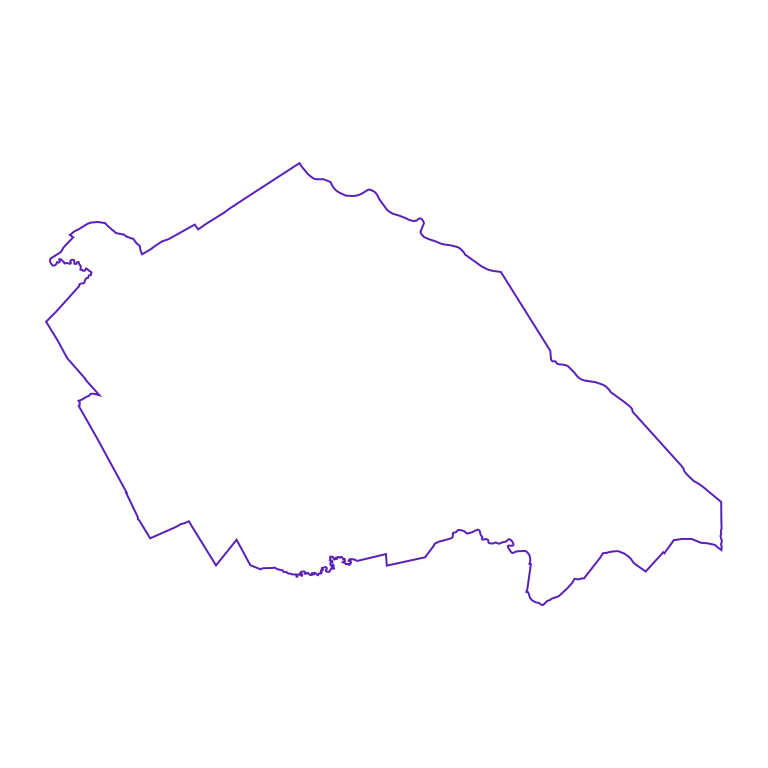 Draganesti, Suceava, Romania
{"feature_id": "2599482B31122548241895", "entity_name": "Draganesti", "entity_type": "district", "adm_level": 2, "iso_a3": "ROU", "parent_name": "Romania", "parent_adm1": "Suceava", "projection": "equal_earth", "projection_center": [26.414, 47.314], "detail": "fine", "context": "isolated", "style": "outline", "palette": "violet", "viewbox_px": 768, "rotation_deg": 0, "n_neighbors": 0, "source": "geoboundaries", "source_scale": "gbopen_adm2", "svg_char_len": 6025}
<svg xmlns="http://www.w3.org/2000/svg" viewBox="0 0 768 768"><path d="M329.7,571.3L331.4,568.3L332.9,568.7L334.0,568.6L334.1,568.3L333.7,567.8L332.8,567.7L332.3,567.3L332.4,566.9L333.7,566.0L333.5,565.3L332.9,564.8L332.5,564.9L332.0,565.7L331.3,565.9L330.6,564.9L330.3,563.8L330.5,562.7L331.0,562.3L332.5,562.5L332.6,562.1L332.4,561.4L331.9,560.9L330.1,560.5L329.8,560.1L330.6,558.6L330.1,557.4L330.2,556.9L331.0,556.6L332.2,556.7L333.0,557.1L333.3,557.5L333.4,558.4L333.8,559.1L334.4,559.5L335.3,559.2L335.1,558.4L335.6,557.9L337.0,558.8L337.2,558.6L337.0,557.7L337.2,557.3L338.1,557.0L339.0,557.2L339.6,557.7L340.2,557.2L341.6,556.9L341.9,557.1L342.2,557.8L343.1,558.4L343.2,559.3L344.4,558.8L344.7,559.0L344.9,559.7L345.0,560.9L342.9,562.2L345.1,563.0L345.7,564.1L348.3,563.9L348.6,564.1L348.7,564.7L349.3,564.9L349.7,564.0L350.7,563.5L351.0,562.8L351.0,562.5L350.4,562.3L350.3,562.0L350.5,561.1L348.7,560.9L349.4,559.5L350.1,559.1L352.5,559.1L353.8,559.6L354.9,559.6L355.4,560.1L357.4,560.9L385.9,554.1L386.8,565.6L425.1,557.3L433.9,545.6L434.4,544.2L434.8,543.7L439.1,541.6L447.1,539.5L450.8,538.4L452.0,537.7L452.6,537.0L452.8,535.8L452.9,533.4L453.2,532.8L455.9,532.2L458.2,530.0L460.8,530.1L464.3,531.2L466.6,533.4L467.2,533.5L471.8,532.4L477.0,529.8L477.8,529.7L479.5,530.4L480.7,535.0L482.3,536.8L482.3,537.3L481.9,538.9L482.2,539.3L483.0,539.7L485.6,539.1L486.4,539.1L487.3,539.5L488.1,540.0L488.4,542.0L489.1,543.1L492.2,543.6L495.4,542.6L496.3,542.7L498.5,543.6L499.2,543.7L502.9,542.2L505.5,541.7L506.6,541.1L508.0,539.6L509.4,539.2L510.2,539.5L511.4,540.5L512.6,542.2L513.5,544.1L513.4,545.0L513.0,545.5L512.4,545.7L508.7,545.6L508.0,545.8L507.8,546.2L508.4,548.2L509.8,549.9L510.7,551.6L511.9,552.8L513.0,553.0L515.8,551.6L518.5,551.2L524.6,551.0L525.9,551.2L527.4,552.4L529.5,555.3L530.0,557.6L530.3,560.6L529.5,564.0L530.9,564.1L527.5,588.0L527.2,589.6L526.3,591.9L527.1,592.2L527.9,592.1L528.4,592.8L530.1,598.1L532.2,600.4L534.2,601.6L536.1,602.4L538.8,602.9L541.5,604.9L543.4,604.8L547.1,601.0L550.1,600.0L550.9,599.1L552.6,598.3L557.6,596.7L559.1,595.9L567.2,588.4L571.6,583.6L572.9,581.9L574.2,579.2L575.0,578.8L578.0,579.4L582.5,578.3L583.9,578.5L600.1,557.8L602.9,553.2L606.9,552.8L608.7,552.2L613.6,551.4L617.5,551.1L618.9,551.4L624.5,553.7L628.5,556.5L630.8,558.8L633.9,563.1L635.2,564.2L645.7,571.5L663.3,552.2L664.4,553.3L673.9,540.1L682.8,538.9L691.7,539.0L701.0,542.8L707.6,543.3L714.9,544.9L717.9,547.6L721.4,550.0L721.7,546.6L721.1,545.1L721.1,544.0L721.9,541.1L720.6,536.5L720.6,535.7L721.1,534.4L720.9,531.7L721.6,527.9L721.4,523.7L721.2,502.0L701.8,485.9L699.5,484.3L693.6,480.9L686.6,474.2L684.2,471.0L683.5,468.7L682.4,466.9L632.5,411.6L632.5,410.6L631.9,408.7L629.8,406.4L624.2,401.9L610.8,392.2L609.3,389.9L606.0,386.6L603.1,384.8L595.1,382.1L584.5,380.5L581.1,379.3L579.0,377.9L576.9,376.0L574.6,372.9L568.3,366.5L566.4,365.4L564.3,364.8L558.4,364.2L556.9,363.5L555.5,361.3L552.5,361.3L551.8,360.8L551.0,359.2L550.3,350.8L500.9,272.0L491.8,270.7L487.2,269.3L481.3,266.2L465.0,254.5L464.0,252.6L461.4,249.7L458.9,247.7L457.0,246.9L449.7,245.1L444.2,244.5L440.4,243.5L435.9,241.5L428.2,238.9L424.0,237.0L421.3,234.1L420.4,232.0L424.0,223.1L423.2,221.2L422.1,219.4L420.7,218.6L419.5,218.4L418.4,219.0L416.6,220.6L413.3,221.1L408.9,219.8L405.9,218.2L399.1,215.6L393.0,213.8L389.1,211.6L386.5,209.2L379.2,199.1L377.7,195.8L375.8,193.0L373.6,191.2L370.9,190.0L369.2,189.6L368.0,189.8L361.4,193.9L357.5,195.4L353.7,196.0L346.3,195.7L345.3,195.4L340.7,193.3L337.2,191.3L334.9,189.3L332.6,186.2L330.4,182.0L323.7,179.3L315.8,179.2L314.1,178.7L311.9,177.4L307.9,174.1L301.6,166.5L299.5,163.1L245.7,198.0L229.2,208.8L223.9,212.8L205.9,224.0L198.2,229.4L194.7,224.6L168.9,239.0L161.8,241.5L152.3,247.9L152.1,248.4L142.1,254.3L140.4,250.0L139.9,246.5L139.3,245.5L136.5,243.2L133.3,238.8L131.3,238.4L126.0,236.3L123.9,234.6L116.5,233.2L115.2,232.5L114.2,231.3L112.1,229.8L107.6,225.8L105.1,223.1L98.0,222.0L95.8,222.1L90.3,222.7L87.0,224.1L78.6,229.3L74.5,231.3L69.9,235.0L73.2,237.3L65.0,245.8L63.2,248.0L62.3,249.8L60.7,252.1L50.4,258.7L50.0,260.1L50.2,261.9L50.9,263.3L52.7,265.6L54.2,265.6L56.2,264.3L57.0,262.2L58.6,262.6L59.5,262.1L59.7,261.7L59.1,259.4L59.4,259.2L60.4,259.1L61.0,259.5L63.8,262.1L64.5,263.3L64.9,263.5L66.4,263.0L67.5,263.1L70.0,263.8L70.6,263.5L70.9,262.9L70.3,261.1L70.5,260.6L71.6,259.9L73.7,259.8L74.4,261.5L74.2,263.3L74.4,263.8L76.1,263.9L77.3,262.2L78.0,262.0L78.7,262.2L79.4,264.5L80.8,266.2L80.5,269.7L82.0,269.8L83.3,270.8L84.1,270.8L84.9,270.5L86.0,268.5L86.5,268.5L88.8,270.5L91.4,272.3L90.9,275.0L89.4,275.3L88.8,275.7L88.0,277.8L86.0,278.5L85.4,279.4L84.3,282.6L83.8,283.2L80.8,283.6L79.7,284.2L79.2,284.7L79.2,286.0L76.0,289.6L56.1,311.7L46.1,321.7L57.6,340.4L67.2,358.2L85.4,378.9L85.5,379.7L99.4,395.2L94.9,394.0L92.8,393.7L90.5,393.9L90.4,394.3L89.5,395.3L88.0,396.3L86.3,396.9L81.7,399.7L78.6,400.8L79.7,402.2L79.7,405.2L78.7,405.9L97.0,438.1L126.7,492.7L126.1,492.8L137.7,516.9L137.9,519.2L139.1,520.2L150.2,538.3L173.8,527.9L178.2,525.7L181.0,524.0L184.3,523.3L188.8,521.3L216.0,565.4L236.6,539.8L250.3,565.2L260.6,569.3L262.1,568.5L263.5,568.2L272.4,568.0L274.7,567.6L276.9,569.0L280.9,570.1L282.3,570.2L283.0,570.8L283.4,571.8L287.0,572.3L287.7,573.2L288.4,573.6L289.8,573.5L292.1,574.4L296.1,574.4L296.5,576.7L296.7,576.8L297.4,576.6L297.5,575.2L297.9,574.5L298.4,574.3L299.7,574.6L301.6,575.8L302.0,575.8L302.2,575.4L302.2,574.5L301.6,573.8L300.3,573.1L300.3,572.7L301.1,571.9L302.3,571.5L304.2,571.5L304.8,571.9L305.2,572.3L304.8,573.5L305.1,573.8L305.7,573.9L307.8,572.8L309.7,574.8L310.4,575.1L312.1,574.8L312.3,574.5L311.7,573.5L312.0,573.1L313.1,573.2L313.4,574.3L313.8,574.4L314.1,574.2L314.3,572.9L315.1,572.8L317.6,575.1L318.1,575.2L319.0,573.4L320.4,573.6L321.3,573.2L321.0,572.5L321.7,571.9L321.7,571.5L320.9,571.1L320.9,570.5L322.9,569.8L322.9,569.5L321.8,568.3L321.9,568.0L325.2,567.1L326.4,567.4L326.8,568.3L326.6,569.2L325.8,570.2L326.0,570.9L326.8,571.7L329.1,571.8L329.7,571.3Z" fill="none" stroke="#5b21b6" stroke-width="2"/></svg>